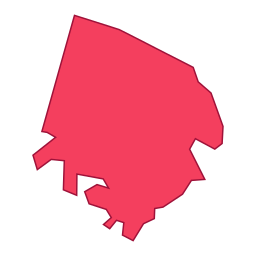 outline of Jessamine, Kentucky, United States of America
{"feature_id": "52423323B70130462183378", "entity_name": "Jessamine", "entity_type": "district", "adm_level": 2, "iso_a3": "USA", "parent_name": "United States of America", "parent_adm1": "Kentucky", "projection": "natural_earth1", "projection_center": [-84.584, 37.866], "detail": "fine", "context": "isolated", "style": "filled", "palette": "rose", "viewbox_px": 256, "rotation_deg": 0, "n_neighbors": 0, "source": "geoboundaries", "source_scale": "gbopen_adm2", "svg_char_len": 648}
<svg xmlns="http://www.w3.org/2000/svg" viewBox="0 0 256 256"><path d="M41.9,131.5L47.2,132.4L55.6,137.3L33.0,155.2L37.3,169.6L51.2,159.4L64.3,160.7L63.4,189.8L76.7,195.3L76.9,174.1L103.2,178.9L108.6,188.1L97.0,184.6L84.7,191.7L89.1,203.8L106.3,209.4L111.3,217.6L103.5,224.5L109.7,228.7L116.5,220.3L123.8,222.6L122.5,235.1L133.1,240.6L143.5,223.7L154.3,218.6L154.7,208.5L163.0,207.1L182.5,194.2L191.4,180.4L204.8,179.4L189.6,149.2L195.4,138.7L214.8,149.1L222.1,143.5L223.0,126.4L211.0,93.0L198.2,81.9L193.2,67.4L165.2,53.1L156.4,48.6L133.4,36.8L119.2,29.6L111.1,27.0L74.5,15.4L41.9,131.5Z" fill="#f43f5e" stroke="#9f1239" stroke-width="1.5"/></svg>